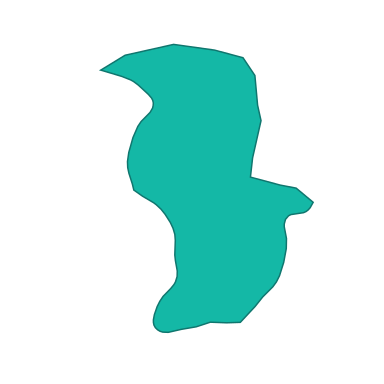 outline of Puñal, Santiago, Dominican Republic, rotated 105°
{"feature_id": "3306468B15896052245603", "entity_name": "Puñal", "entity_type": "district", "adm_level": 2, "iso_a3": "DOM", "parent_name": "Dominican Republic", "parent_adm1": "Santiago", "projection": "robinson", "projection_center": [-70.606, 19.379], "detail": "fine", "context": "isolated", "style": "filled", "palette": "teal", "viewbox_px": 384, "rotation_deg": 105, "n_neighbors": 0, "source": "geoboundaries", "source_scale": "gbopen_adm2", "svg_char_len": 1152}
<svg xmlns="http://www.w3.org/2000/svg" viewBox="0 0 384 384"><g transform="rotate(105 192 192)"><path d="M305.4,111.6L286.2,101.4L275.0,96.5L262.7,89.4L257.0,87.2L250.2,85.8L236.2,85.2L222.2,86.3L212.5,88.7L201.7,93.9L199.0,94.6L194.2,94.6L190.0,92.6L188.2,90.6L183.1,78.9L181.4,76.8L179.2,75.1L176.6,73.8L170.6,72.3L161.3,92.4L162.5,108.6L162.5,139.4L143.4,142.3L105.2,143.8L91.2,151.1L63.2,161.4L49.1,177.5L49.1,206.9L54.2,248.0L77.2,292.0L97.9,311.7L98.5,290.1L99.6,280.3L100.4,277.1L102.6,271.6L108.9,259.6L111.7,255.4L113.7,253.6L116.0,252.4L118.5,251.9L121.1,251.8L126.0,253.1L137.1,259.4L142.7,261.3L154.7,263.1L170.2,263.3L179.3,262.2L185.1,260.4L190.2,257.8L199.7,251.7L205.2,248.7L208.9,238.6L212.3,226.3L213.5,223.3L216.6,217.5L220.5,212.2L227.1,205.0L232.0,200.9L237.4,197.6L243.1,195.6L257.3,192.3L262.5,190.3L272.1,185.8L277.5,184.5L283.1,184.7L285.9,185.4L290.8,187.6L300.3,192.9L305.9,194.8L311.7,196.0L320.2,196.6L325.5,196.2L328.0,195.5L330.4,194.3L332.5,192.3L334.0,189.6L334.8,186.8L334.9,184.0L333.7,178.6L327.4,166.7L321.1,153.0L313.0,140.6L309.4,124.8L305.4,111.6Z" fill="#14b8a6" stroke="#0f766e" stroke-width="1.5"/></g></svg>